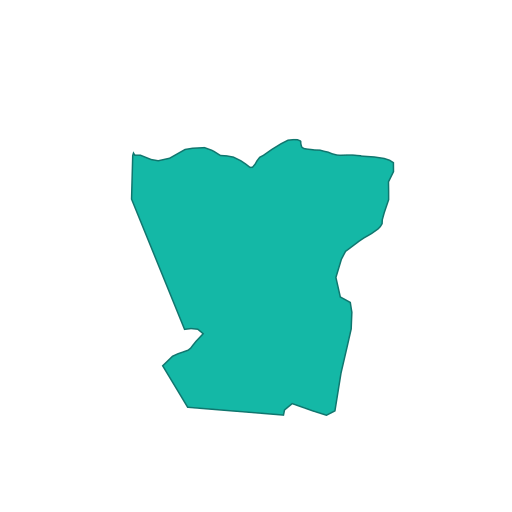 outline of Esperance, Vieux Fort, Saint Lucia, rotated 220°
{"feature_id": "8701671B19142540356259", "entity_name": "Esperance", "entity_type": "district", "adm_level": 2, "iso_a3": "LCA", "parent_name": "Saint Lucia", "parent_adm1": "Vieux Fort", "projection": "natural_earth1", "projection_center": [-60.961, 13.789], "detail": "fine", "context": "isolated", "style": "filled", "palette": "teal", "viewbox_px": 512, "rotation_deg": 220, "n_neighbors": 0, "source": "geoboundaries", "source_scale": "gbopen_adm2", "svg_char_len": 1464}
<svg xmlns="http://www.w3.org/2000/svg" viewBox="0 0 512 512"><g transform="rotate(220 256 256)"><path d="M239.7,400.1L240.2,400.1L243.1,398.0L244.3,397.2L245.9,396.1L247.5,394.9L250.6,392.3L253.4,389.8L256.3,387.2L258.8,385.4L261.1,384.3L263.4,383.2L267.5,381.9L271.1,380.0L275.0,378.2L276.8,376.8L279.2,374.9L281.6,373.4L285.3,370.9L288.4,369.1L290.7,368.8L291.6,369.2L293.3,370.4L294.5,371.4L295.0,372.2L295.7,372.6L296.1,372.6L299.0,371.7L302.1,369.2L305.9,365.3L309.0,358.0L312.4,347.7L315.0,337.9L316.6,334.0L316.4,329.5L315.7,325.9L315.7,321.7L317.6,320.0L323.1,319.8L328.8,319.2L336.9,317.2L342.7,313.9L347.9,310.1L355.4,309.1L358.0,308.5L365.1,305.9L373.9,297.7L378.8,292.0L385.0,275.4L392.1,266.1L398.3,262.5L409.3,258.9L413.7,255.3L416.0,256.1L415.0,253.7L387.9,219.6L263.6,153.9L259.1,158.7L253.5,162.5L246.5,162.5L247.1,152.0L247.0,147.3L246.8,143.5L247.4,140.3L251.4,133.5L253.0,130.8L255.1,126.4L255.5,125.6L256.9,111.9L229.1,102.4L211.1,96.2L132.7,151.8L135.2,156.4L133.4,166.2L112.8,173.9L99.7,179.3L96.0,188.1L115.6,220.9L128.5,246.3L136.2,261.3L146.4,274.5L149.2,276.9L153.9,281.0L165.1,278.8L181.0,290.9L188.5,308.4L189.5,312.9L190.4,317.1L186.6,333.5L185.8,336.3L184.9,339.4L183.0,344.5L181.9,347.6L179.9,355.3L179.7,358.5L180.0,360.5L180.2,361.8L182.6,365.0L185.7,371.8L190.6,384.4L195.9,390.7L202.2,398.0L204.9,409.0L210.7,415.8L215.2,415.2L220.5,413.1L229.0,407.9L239.7,400.1Z" fill="#14b8a6" stroke="#0f766e" stroke-width="1.5"/></g></svg>